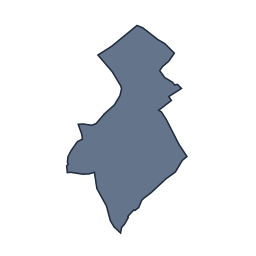 outline of Artane-Whitehall Lea-6, Dublin, Ireland, rotated 123°
{"feature_id": "5873133B65902327619724", "entity_name": "Artane-Whitehall Lea-6", "entity_type": "district", "adm_level": 2, "iso_a3": "IRL", "parent_name": "Ireland", "parent_adm1": "Dublin", "projection": "albers", "projection_center": [-6.218, 53.392], "detail": "fine", "context": "isolated", "style": "filled", "palette": "slate", "viewbox_px": 256, "rotation_deg": 123, "n_neighbors": 0, "source": "geoboundaries", "source_scale": "gbopen_adm2", "svg_char_len": 898}
<svg xmlns="http://www.w3.org/2000/svg" viewBox="0 0 256 256"><g transform="rotate(123 128 128)"><path d="M220.1,77.0L215.0,79.2L210.6,78.5L202.8,79.0L202.3,80.0L193.6,78.5L193.4,77.3L188.9,75.7L181.3,77.1L178.6,76.6L169.7,73.4L149.7,68.4L139.2,64.3L125.6,64.8L119.8,63.0L114.1,76.1L100.0,100.6L96.3,108.7L96.4,111.9L81.3,106.6L79.4,110.9L65.7,104.7L64.5,110.4L66.5,112.3L65.4,115.6L65.7,124.6L62.6,132.7L57.7,132.5L49.7,130.2L40.0,129.9L37.2,143.0L37.6,151.1L35.9,170.1L37.1,176.3L68.3,186.2L83.2,193.0L89.4,171.8L96.6,157.1L98.5,154.9L105.1,152.4L116.0,152.0L129.0,155.5L141.7,157.2L145.4,159.9L149.2,168.1L152.0,171.8L158.5,163.3L162.1,160.2L166.9,163.0L178.4,163.4L184.8,162.7L189.7,160.2L190.9,158.4L193.1,158.9L198.5,154.6L196.4,152.0L191.4,140.8L187.7,135.6L183.5,132.0L195.7,121.2L205.2,103.5L215.4,92.3L218.6,85.7L220.1,77.0Z" fill="#64748b" stroke="#1e293b" stroke-width="1.5"/></g></svg>